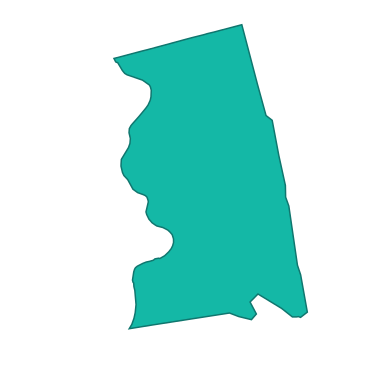 the district of Hamilton, Ohio, United States of America, rotated 75°
{"feature_id": "52423323B74792918686733", "entity_name": "Hamilton", "entity_type": "district", "adm_level": 2, "iso_a3": "USA", "parent_name": "United States of America", "parent_adm1": "Ohio", "projection": "natural_earth1", "projection_center": [-84.539, 39.167], "detail": "fine", "context": "isolated", "style": "filled", "palette": "teal", "viewbox_px": 384, "rotation_deg": 75, "n_neighbors": 0, "source": "geoboundaries", "source_scale": "gbopen_adm2", "svg_char_len": 1475}
<svg xmlns="http://www.w3.org/2000/svg" viewBox="0 0 384 384"><g transform="rotate(75 192 192)"><path d="M290.0,109.1L230.6,102.1L221.2,102.9L209.9,100.1L179.3,98.7L143.5,96.0L137.3,100.7L104.8,100.9L43.3,100.6L43.2,122.8L43.2,129.3L43.0,136.4L43.1,138.6L43.1,140.9L42.9,152.2L42.9,157.8L43.0,198.2L42.9,203.9L42.8,232.8L46.2,232.1L47.0,231.7L47.8,230.3L56.7,227.8L60.0,226.3L62.0,224.4L71.1,210.9L77.6,205.5L79.6,205.0L83.1,205.0L89.5,207.0L92.6,208.6L96.6,211.9L99.0,214.8L105.4,223.8L110.4,231.4L111.9,233.6L114.5,236.1L118.5,237.5L124.4,237.7L129.1,239.4L132.7,241.9L142.2,251.8L147.0,253.4L148.7,253.9L155.2,254.1L158.5,253.5L163.4,250.9L174.1,248.3L174.3,248.1L178.5,244.7L181.9,239.8L183.5,237.9L185.4,236.8L189.3,236.6L190.5,236.9L199.3,241.6L202.0,241.6L207.2,240.6L209.1,239.6L211.3,238.6L214.2,236.2L214.6,235.8L215.7,234.8L218.8,229.3L222.4,225.3L224.9,223.7L227.6,222.4L228.0,222.2L232.5,222.0L236.0,222.9L238.9,224.6L241.4,226.8L243.8,230.0L246.5,234.9L247.9,240.2L247.3,241.4L247.0,245.1L247.9,247.0L248.0,250.8L247.8,254.3L248.2,257.9L249.5,264.0L250.5,266.2L251.7,267.4L254.0,268.9L261.7,272.3L264.0,272.3L264.8,271.9L268.4,272.6L272.3,272.7L286.3,275.2L293.9,278.1L299.1,280.8L302.7,283.3L304.3,284.4L307.8,288.0L310.2,264.6L318.6,187.1L324.4,179.1L330.7,167.6L326.5,161.4L313.3,164.4L307.6,154.7L327.6,135.6L338.6,127.4L339.7,123.3L339.9,121.4L341.2,119.6L337.9,111.7L300.1,108.5L290.0,109.1Z" fill="#14b8a6" stroke="#0f766e" stroke-width="1.5"/></g></svg>